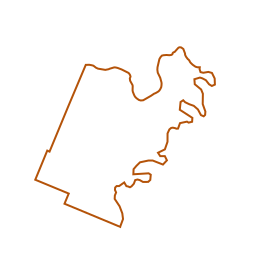 Posey, Indiana, United States of America, rotated 202°
{"feature_id": "52423323B54248074305317", "entity_name": "Posey", "entity_type": "district", "adm_level": 2, "iso_a3": "USA", "parent_name": "United States of America", "parent_adm1": "Indiana", "projection": "orthographic", "projection_center": [-87.943, 38.001], "detail": "fine", "context": "isolated", "style": "outline", "palette": "amber", "viewbox_px": 256, "rotation_deg": 202, "n_neighbors": 0, "source": "geoboundaries", "source_scale": "gbopen_adm2", "svg_char_len": 2040}
<svg xmlns="http://www.w3.org/2000/svg" viewBox="0 0 256 256"><g transform="rotate(202 128 128)"><path d="M194.5,58.7L194.6,45.3L158.4,45.0L158.5,34.0L98.2,33.4L98.3,34.1L98.5,41.7L101.3,46.7L106.5,52.3L113.8,57.3L114.9,60.5L114.9,63.8L116.9,65.7L117.6,68.0L116.8,69.9L114.5,70.8L111.1,76.1L107.7,73.5L106.2,73.8L104.0,73.8L102.9,75.2L101.7,78.5L101.8,82.4L99.9,83.8L97.6,84.1L93.9,83.6L89.1,85.6L87.9,88.2L89.4,93.2L91.9,93.7L105.7,87.1L107.4,91.9L106.0,96.1L104.0,100.7L97.0,105.4L92.9,107.1L81.9,107.2L79.8,112.6L83.3,115.7L87.6,114.0L90.9,116.3L85.8,122.0L86.2,130.0L89.3,137.8L89.1,142.2L88.0,144.2L86.6,145.1L84.2,145.5L82.9,145.5L81.4,146.2L81.6,152.0L75.7,156.0L73.8,155.7L70.9,157.8L72.1,161.5L83.5,163.7L86.8,164.3L89.0,171.8L87.2,174.4L84.7,173.3L80.0,173.0L75.3,173.2L70.1,171.4L65.2,167.3L62.2,167.2L61.4,169.0L62.4,172.2L63.1,173.0L67.7,178.2L71.4,187.8L74.6,191.1L82.5,193.6L84.7,198.1L80.2,201.7L77.7,201.9L73.7,201.5L69.2,198.9L66.0,198.4L63.7,200.8L66.2,206.4L70.8,210.5L74.5,210.1L78.9,207.4L81.7,207.0L83.7,209.4L84.2,211.2L86.5,210.3L88.4,210.1L91.8,210.9L94.3,211.9L95.6,212.7L96.2,213.4L97.5,214.1L98.4,214.3L101.0,215.9L102.5,217.3L103.0,218.4L106.3,222.0L108.8,222.6L110.1,222.3L110.8,221.9L111.4,221.1L113.3,215.9L114.2,215.2L114.6,214.3L114.5,212.9L115.3,211.9L116.9,211.0L119.7,210.1L122.3,208.8L123.7,207.8L124.4,205.8L124.7,203.6L123.4,195.4L122.6,193.0L121.1,190.4L117.0,186.7L114.1,182.9L113.5,181.8L112.9,180.0L112.5,178.3L112.6,176.5L112.9,174.7L113.4,173.5L113.9,172.7L115.4,170.8L116.9,169.3L117.1,168.9L118.8,166.4L124.3,159.4L126.5,158.3L128.4,158.1L131.3,158.8L133.3,159.7L134.8,161.0L137.1,163.4L137.9,164.7L139.3,168.5L139.8,169.4L143.6,172.5L143.9,172.9L144.9,174.7L144.9,176.5L145.1,176.9L146.1,178.0L147.5,179.0L148.5,179.3L155.9,179.9L160.1,179.8L161.5,179.6L162.9,179.3L163.8,178.8L167.3,176.0L167.9,175.3L170.8,173.4L178.0,171.8L180.2,171.9L183.4,172.8L185.2,172.6L187.6,172.1L190.8,170.7L191.5,124.9L191.9,76.7L194.4,76.8L194.5,58.7Z" fill="none" stroke="#b45309" stroke-width="2"/></g></svg>